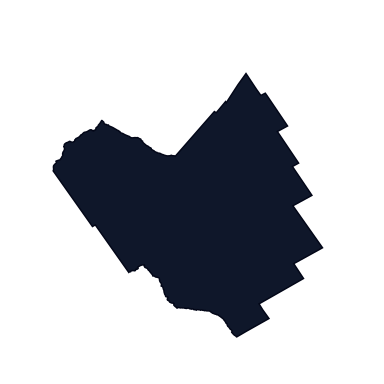 the district of Salto, Buenos Aires, Argentina, rotated 285°
{"feature_id": "61730980B64997833188567", "entity_name": "Salto", "entity_type": "district", "adm_level": 2, "iso_a3": "ARG", "parent_name": "Argentina", "parent_adm1": "Buenos Aires", "projection": "equal_earth", "projection_center": [-60.357, -34.249], "detail": "fine", "context": "isolated", "style": "filled", "palette": "ink", "viewbox_px": 384, "rotation_deg": 285, "n_neighbors": 0, "source": "geoboundaries", "source_scale": "gbopen_adm2", "svg_char_len": 5811}
<svg xmlns="http://www.w3.org/2000/svg" viewBox="0 0 384 384"><g transform="rotate(285 192 192)"><path d="M98.0,151.7L98.4,151.9L98.5,152.1L98.9,153.0L99.2,153.4L99.5,153.4L100.3,153.8L100.4,154.2L100.4,154.5L100.7,154.8L100.9,155.4L100.9,155.8L101.0,156.7L101.1,157.1L101.5,157.6L102.4,157.7L102.8,157.8L103.0,158.5L103.5,159.3L104.1,159.7L104.6,159.7L104.9,159.5L105.0,159.2L105.2,158.9L105.6,159.1L106.1,159.6L106.7,160.3L107.1,160.6L107.5,161.0L107.6,161.4L108.0,161.8L108.5,162.5L108.8,163.2L108.9,164.1L109.3,164.5L109.3,164.9L109.0,165.1L108.4,165.0L108.1,165.0L107.8,165.3L107.2,165.8L107.0,166.2L106.9,166.7L106.8,167.6L106.7,168.1L106.6,168.6L106.3,169.0L105.9,169.4L105.3,170.0L105.1,170.4L104.8,171.2L104.6,171.5L104.2,171.8L103.8,172.4L103.1,173.4L102.7,173.9L102.5,174.3L102.2,174.6L102.0,175.1L101.7,175.3L100.8,175.8L100.8,176.2L100.9,176.5L101.0,177.3L100.9,177.9L100.5,178.5L100.5,179.0L100.6,180.1L100.6,180.9L100.6,182.1L100.4,182.6L100.0,182.8L99.5,183.0L98.9,183.3L98.5,183.4L97.2,184.2L96.8,184.6L95.9,185.8L95.5,186.1L94.5,186.6L94.1,186.5L93.2,186.6L93.1,187.7L92.2,188.8L91.0,189.3L89.8,190.3L88.2,190.9L86.2,192.1L86.0,192.4L85.7,192.8L84.6,193.4L84.2,193.8L84.1,194.3L84.3,195.1L84.4,195.7L83.9,196.1L83.2,196.0L82.7,195.9L82.0,195.9L81.6,196.0L81.2,196.5L80.9,197.9L79.9,198.9L79.6,200.3L79.5,201.3L79.6,201.9L79.8,202.6L79.8,203.1L79.5,203.6L79.1,203.5L78.6,203.6L78.1,203.7L77.6,204.3L77.1,205.3L76.8,205.9L76.7,206.3L76.4,206.9L76.0,207.4L76.0,207.7L76.3,207.9L76.8,208.2L76.8,208.6L77.0,209.8L77.0,210.8L77.2,211.2L77.3,211.5L77.5,212.0L77.5,212.7L77.8,213.5L77.9,214.1L77.9,215.5L78.0,215.8L78.0,216.2L78.1,216.9L78.4,217.4L78.8,218.0L78.9,218.5L78.9,218.9L78.6,219.8L78.7,220.4L78.7,220.9L78.7,221.6L78.8,222.0L79.0,222.4L79.2,223.1L79.1,223.7L78.8,224.4L79.0,225.0L79.2,225.4L79.2,225.6L79.1,226.1L79.0,226.4L79.0,226.8L79.6,227.1L79.8,227.8L79.9,228.7L80.1,229.3L80.1,230.4L80.0,230.8L80.5,231.7L80.6,232.2L80.5,232.9L80.7,234.2L80.6,235.0L80.9,235.4L81.0,235.9L80.9,236.6L81.1,237.1L81.2,237.5L81.2,238.0L81.2,238.3L81.5,238.8L81.6,239.2L81.7,239.5L80.8,241.8L80.3,243.2L80.1,245.2L80.0,245.8L80.1,247.0L79.8,248.0L80.1,248.3L80.2,248.7L79.8,249.3L79.3,250.6L79.0,251.6L78.7,252.2L78.5,252.8L78.1,253.6L77.8,254.4L77.2,255.6L76.6,256.0L76.4,256.4L76.0,257.0L74.8,258.3L74.3,258.6L74.0,259.1L73.7,259.9L72.7,260.4L71.5,261.4L71.3,262.0L70.9,262.7L70.2,263.5L69.6,264.2L69.3,264.6L69.1,265.4L68.8,265.9L68.5,266.4L67.9,266.8L67.4,266.7L67.0,266.5L66.7,266.7L65.9,268.0L65.4,268.6L65.3,268.9L65.1,269.4L64.7,269.8L64.6,270.1L64.5,270.6L64.4,271.0L64.3,271.5L63.8,272.1L63.6,272.7L71.5,280.5L89.7,299.1L96.5,290.8L101.3,285.7L137.3,322.1L149.1,308.8L171.9,332.5L204.8,293.0L219.8,308.7L242.6,282.4L247.5,287.5L272.5,258.8L280.5,267.2L304.6,239.4L306.4,237.2L303.1,233.5L307.7,227.9L320.4,213.5L307.7,208.7L291.1,203.3L287.0,202.0L288.0,201.0L274.8,194.9L275.5,192.8L222.2,166.6L222.3,166.4L222.4,166.0L222.4,165.6L222.2,165.3L222.2,164.7L222.1,164.0L222.0,163.6L222.1,162.4L221.7,161.9L221.3,161.3L221.1,160.8L220.7,159.6L220.4,158.6L220.4,155.8L220.5,154.9L220.6,154.3L220.6,153.6L220.6,153.0L220.7,152.4L221.0,151.8L221.0,149.8L220.8,149.3L220.7,148.5L221.2,147.9L221.1,147.3L221.1,146.8L221.5,145.4L221.9,144.8L222.1,143.7L222.4,143.1L222.4,142.4L222.5,141.9L223.1,141.6L223.6,141.2L223.9,140.8L223.9,140.2L224.1,139.5L224.3,138.9L224.5,138.2L224.9,137.6L225.0,137.1L224.9,136.4L225.1,135.9L225.5,135.2L225.8,134.5L226.5,133.0L227.4,131.4L227.7,131.2L228.1,131.2L228.3,131.1L228.4,130.8L228.4,130.4L228.5,129.9L229.0,129.4L229.5,129.1L229.8,128.8L229.9,128.2L229.9,127.5L230.4,125.9L230.4,125.5L230.4,124.9L230.1,124.4L229.9,123.9L229.9,123.2L229.8,122.8L229.2,121.3L228.8,120.2L228.7,119.5L228.8,118.6L229.1,117.8L229.4,117.1L229.5,116.5L229.5,115.8L229.9,112.9L230.0,112.2L230.2,111.6L230.2,111.3L230.4,110.6L230.6,110.1L230.6,109.6L230.7,108.1L230.8,107.5L231.2,107.1L231.3,107.1L231.7,106.5L232.1,105.2L232.3,104.6L232.4,104.1L232.4,103.5L232.7,102.8L232.8,102.5L232.9,101.8L233.2,101.1L233.3,100.5L233.5,99.8L233.8,98.7L234.2,96.0L234.2,95.4L234.2,95.0L235.1,93.9L235.1,93.6L234.9,93.0L234.7,92.6L234.7,92.4L235.0,91.8L235.1,91.3L235.0,90.7L234.8,90.4L235.1,89.8L235.6,89.3L236.6,88.7L236.9,88.2L237.5,87.0L237.7,86.6L237.6,86.2L237.3,86.1L236.4,86.0L235.6,85.5L235.1,85.6L234.7,85.5L234.3,85.2L233.8,85.0L233.1,84.6L232.4,84.5L232.2,84.2L231.5,84.2L231.1,84.2L230.6,83.9L230.3,83.5L229.9,83.2L229.1,82.7L228.8,82.6L228.4,82.8L227.9,82.9L227.5,82.8L227.2,82.7L226.7,82.3L226.5,81.8L226.3,81.6L225.6,81.4L225.5,80.8L225.7,80.5L225.5,80.0L225.6,79.5L225.9,79.2L226.0,78.8L225.9,78.1L225.5,77.3L225.1,76.9L224.7,76.5L224.3,76.2L223.3,75.1L222.8,74.6L222.3,73.6L222.1,73.2L221.7,72.4L220.7,71.7L219.7,71.1L219.2,70.9L218.8,70.6L218.5,70.0L218.1,69.8L216.2,68.9L214.9,67.7L213.8,66.4L213.6,66.1L212.7,65.8L212.3,65.5L211.8,65.3L210.9,65.4L210.4,65.3L210.0,65.0L209.7,64.4L209.2,64.0L209.1,63.5L209.1,62.6L209.1,61.8L209.3,61.2L209.2,60.5L208.8,60.1L208.3,59.8L208.0,59.6L208.0,59.3L207.3,58.4L207.2,58.1L207.0,57.8L206.6,57.6L206.3,57.3L205.7,56.8L205.1,56.5L204.7,56.4L203.8,56.6L203.5,56.6L203.2,56.5L203.1,56.4L202.9,56.3L202.6,56.4L202.1,57.2L201.7,57.1L200.7,57.8L200.2,58.0L199.7,57.7L199.4,57.6L198.4,57.6L198.0,57.5L197.5,57.3L197.0,57.0L196.5,57.2L195.2,57.1L194.6,57.5L194.1,57.8L193.7,57.7L192.5,57.3L191.5,57.0L191.0,57.1L190.2,56.6L189.7,56.6L189.4,56.2L189.0,56.1L188.7,56.0L188.4,55.6L188.2,55.2L188.2,54.8L188.0,54.5L187.3,53.8L187.2,53.5L187.0,53.1L186.7,52.7L186.3,52.7L186.0,53.1L185.5,53.4L185.0,53.4L184.5,53.2L184.0,52.7L183.5,52.5L183.0,52.1L182.6,51.9L182.2,51.8L181.7,51.6L181.3,51.5L180.1,51.7L179.7,51.9L177.9,52.5L177.4,52.5L177.0,52.4L176.4,52.5L132.9,104.8L135.2,107.1L98.0,151.7Z" fill="#0f172a" stroke="#020617" stroke-width="1.5"/></g></svg>